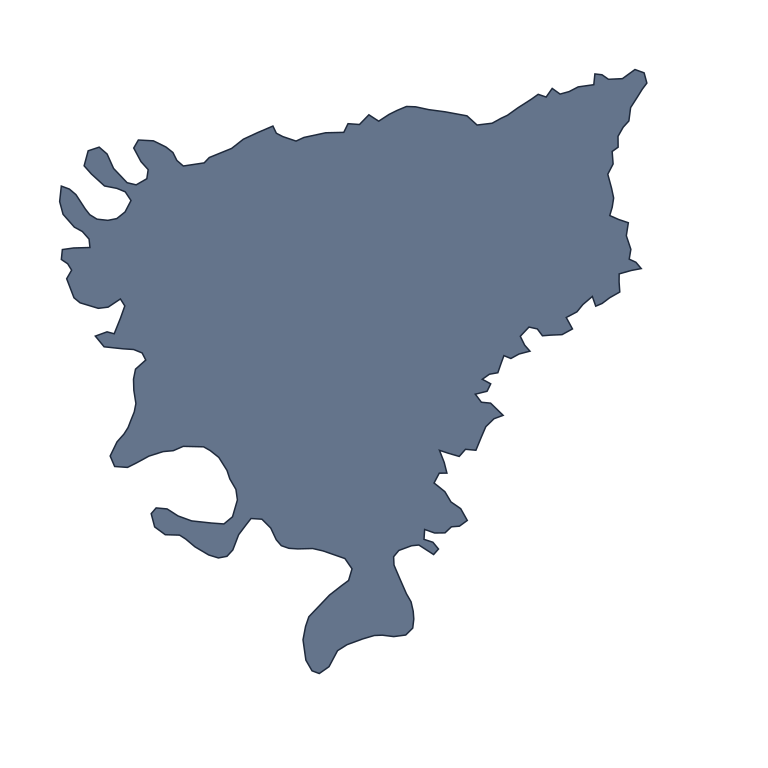 outline of Verê, Paraná, Brazil, rotated 172°
{"feature_id": "56859067B42853932915842", "entity_name": "Verê", "entity_type": "district", "adm_level": 2, "iso_a3": "BRA", "parent_name": "Brazil", "parent_adm1": "Paraná", "projection": "albers", "projection_center": [-52.953, -25.848], "detail": "fine", "context": "isolated", "style": "filled", "palette": "slate", "viewbox_px": 768, "rotation_deg": 172, "n_neighbors": 0, "source": "geoboundaries", "source_scale": "gbopen_adm2", "svg_char_len": 3322}
<svg xmlns="http://www.w3.org/2000/svg" viewBox="0 0 768 768"><g transform="rotate(172 384 384)"><path d="M113.2,462.5L117.6,469.5L123.8,473.5L120.8,483.0L123.4,497.1L119.6,509.7L128.8,514.3L137.0,519.4L133.4,527.3L130.7,536.2L131.4,546.2L133.2,560.6L126.5,570.0L125.7,582.5L119.2,585.9L117.8,596.7L111.4,605.0L104.9,610.4L101.3,623.4L93.3,632.7L87.2,640.0L81.8,645.4L83.1,655.9L91.7,660.5L105.4,653.2L119.3,654.5L125.1,659.9L132.0,661.7L134.6,651.2L150.4,651.2L160.0,647.8L169.3,646.6L176.3,653.3L183.5,645.6L191.0,649.4L198.3,645.6L212.9,638.9L224.4,632.9L231.2,630.8L240.6,627.2L255.8,627.5L264.5,638.0L285.8,645.1L301.6,649.5L314.1,654.1L323.1,655.7L333.0,653.1L341.4,650.3L352.7,645.0L361.5,652.7L372.2,644.4L383.4,646.8L388.8,638.8L406.8,640.9L429.0,639.3L437.3,636.8L449.8,643.1L455.7,647.3L458.1,654.9L474.0,650.6L489.2,646.0L502.1,638.5L525.5,632.6L531.3,628.0L552.4,627.8L558.0,634.2L560.8,642.6L566.9,649.0L578.5,656.9L593.3,659.8L599.0,652.5L593.7,638.0L587.7,629.1L590.3,620.3L601.7,615.7L610.4,619.1L621.8,635.1L626.2,650.3L633.1,658.2L644.5,656.1L650.6,641.8L644.5,632.6L633.2,619.0L621.3,614.9L613.5,610.3L609.0,600.9L616.5,590.4L625.6,585.0L634.7,584.5L645.3,587.2L651.8,592.6L655.5,599.0L662.7,614.4L668.4,620.8L676.0,624.9L679.8,609.8L678.2,596.7L668.8,582.4L661.5,577.0L655.9,568.5L656.2,560.1L672.5,561.9L683.8,561.9L686.2,552.2L680.5,547.1L677.5,540.2L683.6,532.4L679.0,512.5L673.7,506.7L656.4,498.7L646.5,498.5L633.2,504.9L629.8,497.4L635.8,485.9L644.2,471.3L651.0,474.2L663.2,471.6L656.0,459.8L637.7,455.2L627.1,453.0L619.2,448.4L616.6,440.9L628.0,433.3L631.4,423.6L632.6,412.6L632.4,399.2L635.2,391.1L639.7,383.3L643.5,376.5L648.5,370.6L656.4,363.9L665.2,350.8L662.2,339.8L649.6,337.1L640.1,340.3L626.8,345.3L612.1,347.8L601.9,347.3L591.5,350.2L571.4,346.9L565.4,342.3L557.8,334.3L551.5,320.3L549.9,311.5L545.3,300.2L545.3,289.6L552.5,273.6L562.0,267.7L574.1,270.3L593.5,275.2L606.3,282.0L616.2,290.5L626.9,293.0L632.6,288.0L631.0,274.4L621.6,265.2L607.5,262.8L601.9,258.0L593.9,249.1L581.4,239.1L572.2,234.8L563.5,235.2L556.8,240.7L548.9,255.0L540.4,263.5L534.4,269.3L523.7,267.1L516.2,257.1L512.4,244.8L508.2,238.2L501.0,234.5L492.3,232.7L477.5,231.0L467.6,227.2L447.0,216.6L441.4,205.4L446.4,194.4L454.3,190.1L467.3,182.6L490.8,164.0L495.4,154.9L499.8,142.0L499.8,121.4L495.2,110.0L488.4,106.3L477.8,111.7L467.1,126.4L456.9,131.0L440.7,134.5L428.6,136.3L420.6,135.5L409.5,132.5L397.4,132.4L389.5,138.3L387.2,147.1L386.7,154.8L387.5,164.5L391.0,173.2L395.6,189.6L399.3,203.3L398.5,211.6L392.5,217.1L379.2,220.0L371.9,219.7L358.6,208.2L353.0,213.0L357.6,220.5L366.0,224.6L364.0,234.3L354.6,229.4L344.3,228.1L337.1,233.2L329.1,232.7L320.5,237.3L325.4,249.9L334.1,257.9L338.7,268.9L348.2,279.0L341.7,288.0L334.1,287.0L335.3,298.0L338.3,310.6L329.8,306.4L319.6,301.8L312.4,308.0L302.2,305.6L295.0,317.9L289.1,327.6L279.9,334.3L270.4,336.4L281.1,350.2L290.1,352.4L295.0,361.2L282.9,362.5L278.3,369.3L286.0,375.0L278.3,379.0L269.7,379.3L265.4,387.7L261.3,395.4L254.8,391.6L246.1,394.9L234.9,396.2L239.3,402.9L242.4,412.3L232.5,420.2L224.5,417.2L220.4,409.7L212.1,409.2L200.8,408.1L189.7,412.3L194.3,424.5L182.9,428.6L176.0,435.0L165.5,441.7L163.5,431.6L156.8,433.4L148.5,438.0L137.7,442.3L137.0,452.3L135.8,460.3L123.4,462.0L113.2,462.5Z" fill="#64748b" stroke="#1e293b" stroke-width="1.5"/></g></svg>